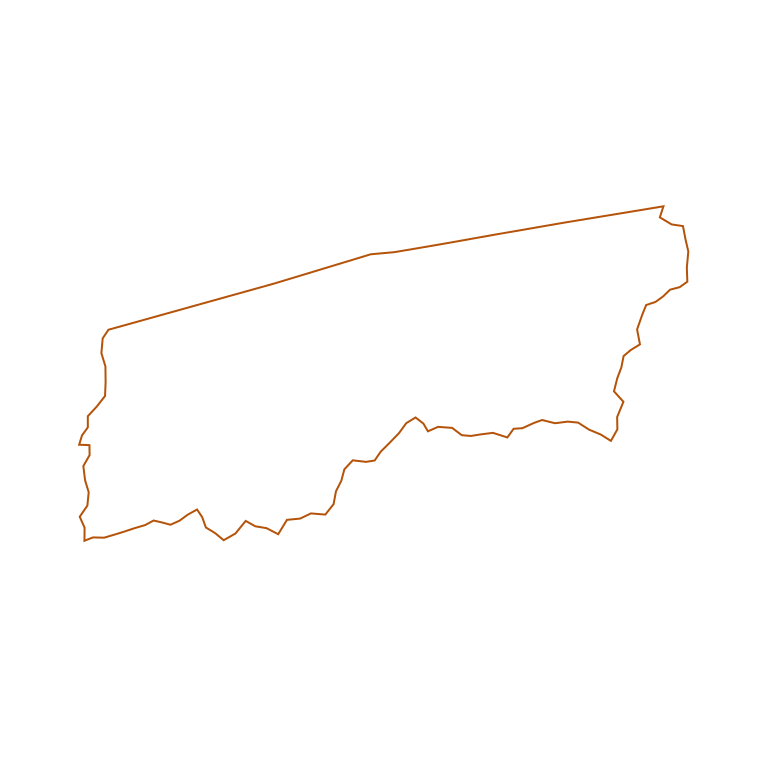 São Pedro de Alcântara, Santa Catarina, Brazil (Robinson projection), rotated 171°
{"feature_id": "56859067B21132471416897", "entity_name": "São Pedro de Alcântara", "entity_type": "district", "adm_level": 2, "iso_a3": "BRA", "parent_name": "Brazil", "parent_adm1": "Santa Catarina", "projection": "robinson", "projection_center": [-48.836, -27.586], "detail": "fine", "context": "isolated", "style": "outline", "palette": "amber", "viewbox_px": 768, "rotation_deg": 171, "n_neighbors": 0, "source": "geoboundaries", "source_scale": "gbopen_adm2", "svg_char_len": 1439}
<svg xmlns="http://www.w3.org/2000/svg" viewBox="0 0 768 768"><g transform="rotate(171 384 384)"><path d="M376.8,514.2L476.7,500.4L647.7,480.7L654.7,473.1L658.3,458.7L656.4,444.9L658.7,429.2L661.4,415.8L671.3,406.6L681.6,398.5L683.3,387.5L690.3,380.5L694.6,371.7L684.5,369.7L685.9,359.8L693.8,350.0L694.3,335.6L692.6,323.3L696.0,310.3L705.3,300.5L702.2,288.9L704.4,276.0L695.5,278.0L684.5,276.0L673.6,277.4L665.2,278.6L653.1,280.6L642.1,282.0L632.9,285.2L625.0,282.0L616.9,278.4L607.3,281.0L598.4,285.6L588.3,289.3L584.4,281.0L582.4,270.2L574.0,263.0L566.8,254.8L554.1,259.6L542.0,270.4L533.4,263.6L522.6,260.0L512.0,252.2L501.1,265.0L487.9,264.2L476.4,267.6L462.4,264.2L452.6,273.2L448.2,285.6L441.3,295.1L436.5,305.9L426.8,313.5L413.9,309.9L405.2,309.9L397.8,317.7L388.1,324.7L376.8,333.2L368.2,341.8L358.1,346.0L351.3,338.8L348.0,330.4L337.3,333.2L323.6,330.0L315.2,321.3L306.4,319.1L296.3,319.1L284.0,318.7L270.5,311.9L263.0,319.5L254.2,318.7L241.9,322.1L233.5,323.7L221.2,318.5L208.4,318.1L198.3,315.5L188.7,306.9L177.7,300.1L168.8,292.3L160.6,302.7L158.9,314.9L150.3,329.0L158.0,340.8L152.7,353.2L146.9,363.4L143.0,374.1L135.1,378.9L125.0,383.1L125.5,398.3L118.0,412.2L112.7,421.0L103.0,422.6L94.7,426.8L86.7,432.4L76.8,433.4L68.4,437.6L66.7,451.5L62.7,467.3L63.6,480.1L64.0,493.2L74.9,496.6L85.5,505.4L80.2,515.8L179.5,515.2L250.7,514.2L302.0,513.2L353.3,512.6L376.8,514.2Z" fill="none" stroke="#b45309" stroke-width="2"/></g></svg>